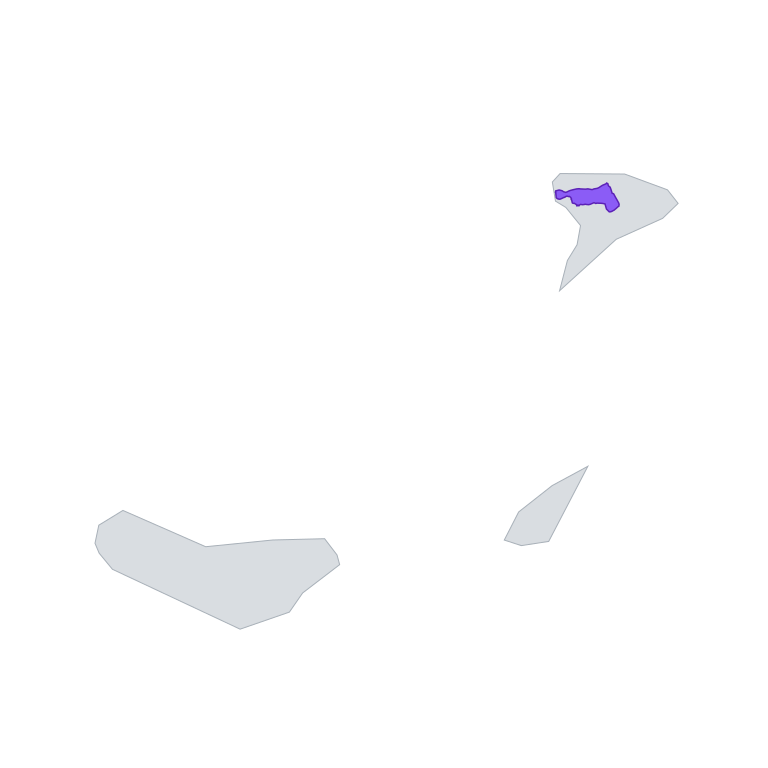 location of Ouani, Andjouân, Comoros, rotated 290°
{"feature_id": "10938185B16418977449415", "entity_name": "Ouani", "entity_type": "district", "adm_level": 2, "iso_a3": "COM", "parent_name": "Comoros", "parent_adm1": "Andjouân", "projection": "mercator", "projection_center": [44.433, -12.159], "detail": "fine", "context": "in_parent", "style": "filled", "palette": "violet", "viewbox_px": 768, "rotation_deg": 290, "n_neighbors": 0, "source": "geoboundaries", "source_scale": "gbopen_adm2", "svg_char_len": 3187}
<svg xmlns="http://www.w3.org/2000/svg" viewBox="0 0 768 768"><g transform="rotate(290 384 384)"><path d="M207.3,398.3L199.1,404.1L159.8,379.0L137.3,373.1L104.4,332.6L117.0,192.2L127.6,174.2L135.5,166.9L153.8,164.3L175.9,181.9L170.1,272.1L199.4,332.9L218.3,381.1L207.3,398.3ZM642.0,477.5L663.6,538.3L663.4,584.0L654.3,598.6L635.0,589.2L599.4,552.7L531.7,517.1L562.8,514.1L580.9,517.8L600.1,514.5L612.1,494.5L614.5,482.6L631.4,473.1L642.0,477.5ZM346.1,576.8L376.4,603.7L292.4,592.6L279.1,568.3L278.5,550.4L309.8,554.3L346.1,576.8Z" fill="#d9dde1" stroke="#a8b0b8" stroke-width="1"/><path d="M624.2,479.3L623.7,479.4L623.6,479.5L623.4,479.4L623.2,479.4L622.9,479.5L623.0,479.7L622.8,479.9L622.6,479.9L622.2,480.1L621.8,480.3L621.7,480.3L621.5,480.5L621.4,480.6L621.1,480.6L620.8,480.8L620.6,480.8L620.3,481.0L620.1,481.1L619.8,481.2L619.6,481.4L619.4,481.5L619.0,481.6L618.7,481.7L618.5,481.8L618.3,481.9L618.2,482.0L618.0,482.3L617.9,482.4L617.8,482.6L617.7,482.7L617.6,483.0L617.4,483.6L617.4,483.8L617.5,484.0L617.5,484.9L617.5,485.2L617.6,485.5L617.7,485.8L617.9,486.2L618.0,486.4L618.1,486.5L618.3,486.6L618.4,486.8L618.5,486.9L618.6,487.0L618.8,487.2L618.9,487.3L619.0,487.5L619.3,487.8L619.5,487.9L619.6,488.0L619.8,488.2L619.9,488.4L620.0,488.5L620.3,488.7L620.5,488.8L620.7,489.0L620.9,489.4L621.0,489.6L621.1,489.8L621.3,490.0L621.5,490.2L621.7,490.3L621.8,490.3L622.0,490.3L622.2,490.6L622.3,490.7L622.4,490.8L622.5,490.9L622.7,491.0L622.8,491.1L622.8,491.3L622.9,491.5L623.0,491.7L623.1,491.8L623.2,492.1L623.2,492.3L623.2,492.5L623.2,492.9L623.2,493.1L623.3,493.2L623.3,493.4L623.3,493.5L623.6,493.9L623.7,494.1L623.6,494.3L623.5,494.6L623.4,494.8L623.4,495.1L623.3,495.3L623.2,495.6L622.8,496.1L622.7,496.2L622.6,496.3L622.4,496.3L622.1,496.5L622.0,496.8L621.4,496.8L621.3,497.0L621.2,497.1L621.1,497.3L620.9,497.4L620.7,497.6L620.4,497.9L620.2,498.0L619.9,498.2L619.6,498.3L619.4,498.5L619.2,498.6L618.9,498.8L618.8,499.0L618.6,499.1L618.6,499.3L618.5,499.5L618.5,499.8L618.5,500.1L618.6,500.3L618.7,500.5L618.8,500.7L618.9,500.9L618.9,501.0L618.8,501.5L618.7,501.8L618.7,502.0L618.6,502.4L618.6,502.6L618.5,502.9L618.5,503.0L618.4,503.2L618.4,503.3L618.4,503.5L618.2,503.8L618.0,504.0L617.9,504.0L617.7,504.0L617.4,504.3L617.5,504.4L617.5,504.5L617.8,504.5L618.0,504.8L618.3,504.9L618.5,505.1L618.4,505.3L618.3,505.7L618.1,506.2L619.2,506.6L620.0,507.3L620.4,509.3L621.3,511.0L621.7,511.4L622.0,513.1L622.5,515.0L623.3,516.2L624.4,517.4L625.6,518.7L626.2,519.3L626.1,521.3L626.8,522.2L627.4,524.1L628.1,526.3L628.5,527.9L628.8,530.1L624.5,533.2L623.4,535.5L622.8,536.8L623.4,538.2L624.3,539.2L625.4,540.1L626.1,540.8L627.2,541.4L628.2,542.0L630.7,543.3L631.4,543.9L633.2,543.5L634.3,542.7L636.6,540.1L638.7,537.6L641.3,534.7L641.3,533.1L644.0,531.1L646.3,529.2L647.0,527.1L648.8,525.8L649.0,524.5L648.0,524.1L645.5,521.4L643.2,519.6L642.3,519.0L640.8,517.5L640.6,517.1L639.6,515.4L639.1,514.5L638.2,513.6L637.8,512.9L637.1,508.8L636.0,506.7L634.5,501.9L634.2,500.4L633.2,498.3L631.5,495.6L629.9,493.3L628.8,491.9L627.1,490.3L626.2,489.2L626.1,486.9L626.5,485.4L626.4,483.8L626.2,482.2L624.9,480.3L624.2,479.3Z" fill="#8b5cf6" stroke="#5b21b6" stroke-width="1.5"/></g></svg>